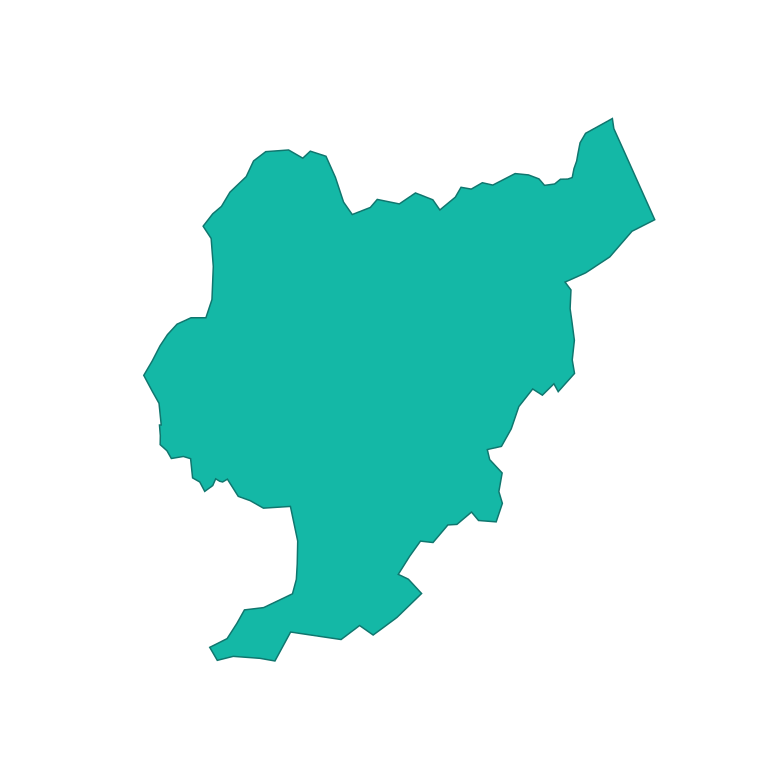 Agridia, Limassol, Cyprus (orthographic projection), rotated 10°
{"feature_id": "46923920B23740092074441", "entity_name": "Agridia", "entity_type": "district", "adm_level": 2, "iso_a3": "CYP", "parent_name": "Cyprus", "parent_adm1": "Limassol", "projection": "orthographic", "projection_center": [32.995, 34.928], "detail": "fine", "context": "isolated", "style": "filled", "palette": "teal", "viewbox_px": 768, "rotation_deg": 10, "n_neighbors": 0, "source": "geoboundaries", "source_scale": "gbopen_adm2", "svg_char_len": 1739}
<svg xmlns="http://www.w3.org/2000/svg" viewBox="0 0 768 768"><g transform="rotate(10 384 384)"><path d="M562.8,82.9L539.0,102.1L535.2,112.4L535.0,123.6L535.0,131.0L533.7,138.8L533.5,148.0L529.3,150.3L522.2,151.7L517.3,157.4L507.6,160.5L501.0,155.1L490.0,153.0L476.6,154.0L456.6,169.2L445.9,168.7L436.1,176.9L425.7,176.9L421.8,187.6L408.8,202.9L400.1,194.1L381.8,190.4L367.8,204.0L345.3,203.4L339.9,212.5L323.3,222.6L312.6,211.9L300.3,189.0L287.3,169.8L271.0,167.5L264.8,175.7L249.4,170.1L227.2,175.7L216.8,187.0L212.3,203.7L199.0,221.8L193.1,237.3L185.8,246.1L178.5,259.9L178.5,260.1L188.5,270.7L195.5,298.0L199.9,330.7L197.1,349.7L182.4,352.3L169.8,361.0L162.2,372.9L156.8,385.3L151.8,401.4L145.9,417.2L156.8,431.1L165.8,442.1L171.7,463.0L170.0,463.4L172.7,473.7L174.1,482.6L181.8,487.4L187.5,494.3L199.0,490.2L206.5,491.1L211.8,509.7L219.6,512.5L226.1,520.9L233.0,513.7L234.7,506.6L239.1,508.3L242.1,508.5L246.3,504.9L260.0,520.0L272.4,522.1L286.8,527.2L313.1,520.8L326.3,553.7L329.8,576.3L331.6,591.6L330.3,606.5L304.3,625.1L285.8,630.7L280.7,645.3L273.7,662.0L258.1,673.6L259.8,675.6L267.8,685.1L282.8,678.4L309.4,675.7L324.7,675.7L335.1,644.5L386.1,643.1L401.9,626.1L416.9,633.1L425.8,623.8L437.3,611.6L448.8,595.7L457.4,583.8L441.9,572.0L431.1,569.0L439.2,549.1L447.2,532.4L459.8,531.6L471.4,511.7L480.2,509.6L492.4,494.9L500.8,502.0L518.4,500.3L521.3,481.0L515.8,470.0L515.8,451.1L501.2,440.1L497.1,430.6L510.5,425.0L517.1,406.1L520.7,382.8L531.3,363.1L541.9,367.5L551.3,354.3L556.9,361.3L569.8,340.5L565.2,327.6L563.9,307.9L558.3,290.1L554.2,277.5L551.8,258.9L544.6,252.2L563.3,239.5L584.3,219.6L601.7,190.5L612.1,182.7L622.1,175.2L579.1,111.8L566.0,92.6L562.8,82.9Z" fill="#14b8a6" stroke="#0f766e" stroke-width="1.5"/></g></svg>